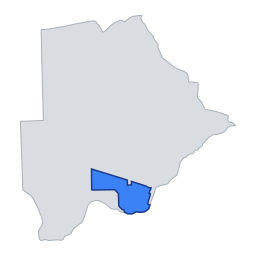 where Southern sits in Botswana
{"feature_id": "BWA-2649", "entity_name": "Southern", "entity_type": "District", "adm_level": 1, "iso_a3": "BWA", "parent_name": "Botswana", "parent_adm1": "", "projection": "orthographic", "projection_center": [24.884, -24.914], "detail": "fine", "context": "in_parent", "style": "filled", "palette": "blue", "viewbox_px": 256, "rotation_deg": 0, "n_neighbors": 0, "source": "natural_earth", "source_scale": "10m", "svg_char_len": 3462}
<svg xmlns="http://www.w3.org/2000/svg" viewBox="0 0 256 256"><path d="M141.8,15.5L141.3,16.7L141.0,18.5L141.4,19.8L142.3,21.6L143.7,23.2L144.7,24.1L145.9,26.4L147.2,29.2L148.8,31.5L153.5,36.6L154.0,38.4L154.7,40.3L157.7,43.8L158.1,44.9L157.9,47.3L160.9,54.4L162.9,58.6L164.6,59.4L170.0,63.8L174.7,67.5L180.2,69.9L184.3,71.6L186.3,72.8L187.3,73.9L188.1,76.0L188.4,79.7L188.5,82.1L192.9,82.1L196.5,82.4L197.7,82.9L198.2,83.6L198.1,85.2L198.1,87.5L198.2,89.4L197.8,91.4L197.5,93.8L197.3,96.8L197.8,97.9L201.2,101.7L202.6,104.2L204.1,107.8L205.0,109.0L205.7,109.5L208.8,110.0L216.8,111.7L221.8,113.3L225.7,114.8L227.3,115.2L228.1,115.7L228.3,116.0L227.8,119.2L227.9,120.2L228.3,121.1L229.0,121.9L229.8,122.4L232.7,122.8L234.5,124.8L235.6,125.7L230.2,126.0L227.5,127.5L225.9,130.4L223.4,132.4L220.0,133.7L216.5,134.5L212.9,134.9L208.9,137.3L204.6,141.7L202.5,144.4L202.3,145.6L201.4,146.6L199.6,147.4L198.6,148.3L198.3,149.5L197.4,150.1L195.7,150.0L194.5,150.8L193.8,152.6L192.4,153.7L190.1,154.0L188.1,155.0L186.5,156.6L185.2,157.4L184.3,157.4L182.9,158.7L180.6,161.8L180.2,163.2L177.0,175.0L175.3,176.4L172.0,178.8L169.4,181.6L168.2,183.3L167.0,184.1L161.0,185.5L158.8,186.2L156.1,187.3L155.4,188.3L154.7,192.0L152.8,197.2L151.3,201.0L150.3,204.4L148.6,208.5L147.1,209.9L145.4,211.2L143.3,211.8L140.3,212.2L137.6,212.1L135.5,212.1L132.6,213.6L129.9,213.7L125.6,212.9L122.2,212.1L120.6,211.9L117.5,209.2L115.5,209.2L112.5,209.0L110.8,208.4L109.3,207.1L105.8,204.3L102.5,202.2L99.5,200.9L96.7,200.3L94.1,200.9L92.1,201.5L91.3,201.8L89.7,203.0L88.1,205.1L86.8,208.6L86.4,210.6L84.9,215.1L83.1,220.4L82.1,221.9L81.1,223.1L79.4,224.1L73.8,228.4L71.1,233.2L69.4,234.6L67.3,235.3L65.5,235.8L64.5,236.6L63.5,239.0L62.5,239.9L61.5,240.2L58.3,240.0L57.2,239.8L48.8,240.5L46.2,239.8L44.3,239.6L41.5,240.6L40.2,240.0L39.2,238.1L38.6,234.1L38.6,230.7L40.1,228.1L41.4,226.2L42.6,223.7L42.7,222.6L42.4,221.6L42.1,219.6L41.9,217.5L39.9,213.1L37.5,207.1L34.2,200.6L33.2,198.8L31.2,195.9L23.9,190.6L22.8,189.9L22.8,189.3L22.6,184.0L22.4,176.9L22.1,169.8L21.9,162.7L21.6,155.6L21.4,148.5L21.1,141.4L20.9,134.3L20.6,127.3L20.4,121.3L25.7,121.1L32.1,120.9L39.8,120.6L43.2,120.5L43.3,119.6L43.2,115.2L43.0,105.1L42.7,95.0L42.4,85.0L42.2,74.9L41.9,64.8L41.7,54.8L41.5,44.7L41.2,34.7L41.1,29.7L47.2,29.3L54.1,28.1L65.4,26.2L75.9,23.9L82.8,22.6L90.9,21.1L93.7,20.8L94.5,21.0L95.6,21.5L99.5,26.4L101.8,30.2L102.3,31.9L102.8,32.0L103.9,31.8L105.1,31.1L109.0,27.3L109.8,26.3L112.2,24.4L115.2,22.5L117.9,21.2L120.6,20.1L121.8,20.3L123.3,21.3L124.6,21.9L130.8,17.2L133.5,16.2L140.8,15.4L141.8,15.5Z" fill="#d9dde1" stroke="#a8b0b8" stroke-width="1"/><path d="M150.1,205.0L149.1,207.4L148.6,208.9L145.8,211.1L144.1,211.9L139.5,212.4L138.6,212.2L137.5,211.9L136.7,211.7L135.8,211.9L134.8,212.4L133.5,213.4L133.0,213.6L131.7,213.9L131.0,214.0L130.4,213.8L129.7,213.7L128.1,213.9L127.3,213.7L126.1,212.9L124.4,212.3L124.1,210.1L123.5,209.7L122.5,209.6L122.1,209.5L119.5,206.9L118.8,205.9L118.4,194.2L118.3,193.6L118.0,193.2L117.7,192.8L115.1,190.1L114.8,189.8L114.4,189.7L114.1,189.7L92.5,190.0L92.2,190.0L91.9,189.9L91.8,189.7L91.7,189.4L91.5,169.0L127.4,180.1L127.4,185.1L131.5,184.9L131.4,181.4L146.1,186.1L148.7,187.6L149.1,187.7L151.0,187.8L150.6,189.6L150.3,189.8L150.0,190.2L149.8,190.4L149.8,190.7L149.7,191.4L149.0,193.5L149.8,193.7L150.1,193.7L150.3,193.8L150.3,194.1L150.3,194.5L147.7,203.5L147.8,204.0L150.1,205.0L150.1,205.0Z" fill="#3b82f6" stroke="#1e3a8a" stroke-width="1.5"/></svg>